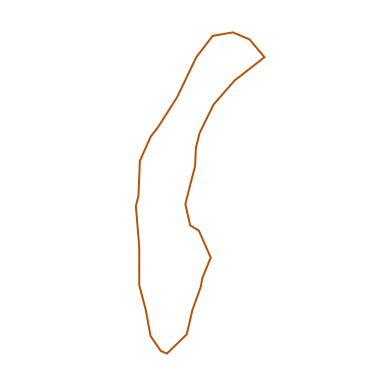 Ruo, Federated States of Micronesia (Mercator projection), rotated 97°
{"feature_id": "79324940B72573347372655", "entity_name": "Ruo", "entity_type": "district", "adm_level": 2, "iso_a3": "FSM", "parent_name": "Federated States of Micronesia", "parent_adm1": "", "projection": "mercator", "projection_center": [152.241, 8.611], "detail": "fine", "context": "isolated", "style": "outline", "palette": "amber", "viewbox_px": 384, "rotation_deg": 97, "n_neighbors": 0, "source": "geoboundaries", "source_scale": "gbopen_adm2", "svg_char_len": 541}
<svg xmlns="http://www.w3.org/2000/svg" viewBox="0 0 384 384"><g transform="rotate(97 192 192)"><path d="M49.4,136.5L33.5,153.5L28.6,170.9L34.5,190.5L57.7,204.2L99.6,218.3L131.4,233.4L141.9,239.7L167.4,247.5L202.3,244.7L212.8,246.0L252.8,237.7L290.9,233.0L315.0,223.4L340.0,215.6L353.6,203.6L355.4,197.2L334.0,179.9L309.0,177.2L284.9,171.7L276.3,171.3L254.9,165.4L229.5,180.5L225.4,189.7L205.0,197.1L186.3,194.8L165.9,192.1L147.7,193.5L132.7,191.7L102.7,181.3L76.3,163.5L49.4,136.5Z" fill="none" stroke="#b45309" stroke-width="2"/></g></svg>